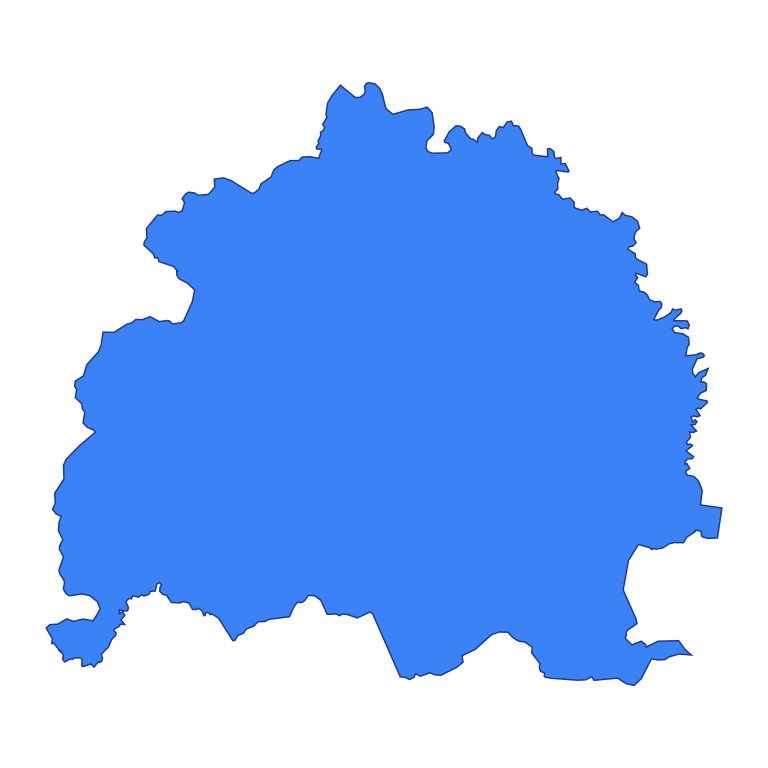 Comoe, Komoé, Burkina Faso (orthographic projection), rotated 180°
{"feature_id": "67063806B6461887322435", "entity_name": "Comoe", "entity_type": "district", "adm_level": 2, "iso_a3": "BFA", "parent_name": "Burkina Faso", "parent_adm1": "Komoé", "projection": "orthographic", "projection_center": [-4.497, 10.243], "detail": "fine", "context": "isolated", "style": "filled", "palette": "blue", "viewbox_px": 768, "rotation_deg": 180, "n_neighbors": 0, "source": "geoboundaries", "source_scale": "gbopen_adm2", "svg_char_len": 6053}
<svg xmlns="http://www.w3.org/2000/svg" viewBox="0 0 768 768"><g transform="rotate(180 384 384)"><path d="M703.5,106.1L697.4,109.1L695.2,108.6L694.5,110.0L687.6,110.2L685.9,108.5L686.3,102.3L685.1,101.4L676.9,103.9L673.9,100.9L669.6,106.4L668.2,105.5L666.2,106.8L665.4,109.7L666.7,113.9L659.6,120.9L656.5,128.2L652.1,133.0L652.0,135.3L654.2,137.3L653.7,138.9L648.7,141.7L647.9,143.9L643.4,143.5L647.1,148.4L643.2,152.4L645.3,155.9L649.0,154.5L648.6,158.2L644.7,156.9L640.5,157.3L639.5,160.1L642.2,166.4L639.1,169.6L636.7,169.2L635.3,172.2L629.6,170.9L626.1,173.3L624.0,172.1L621.4,172.7L618.6,174.1L617.9,176.6L612.8,177.0L611.2,183.9L608.6,185.5L606.4,183.0L607.9,181.0L608.3,176.8L605.1,173.5L601.4,172.8L596.7,165.5L588.1,165.1L584.5,166.4L579.0,165.0L575.5,158.6L571.4,158.5L569.3,159.8L565.4,156.5L564.5,152.5L563.0,152.5L562.2,155.3L559.3,155.4L558.2,153.5L555.9,154.0L549.4,149.8L535.1,127.3L533.2,127.5L530.2,132.5L524.4,134.9L521.8,139.0L514.3,141.8L509.8,146.3L502.9,146.5L499.4,148.6L478.6,151.3L473.8,161.8L470.6,165.7L466.7,165.5L463.9,166.8L459.6,172.6L453.5,172.3L447.1,167.7L440.8,153.7L431.9,154.1L428.5,152.3L425.3,154.0L420.4,153.4L410.8,150.1L398.3,155.9L395.4,154.5L367.7,91.1L363.3,90.8L358.3,88.5L353.9,90.9L352.4,94.2L347.7,91.8L338.0,95.2L332.6,93.1L327.0,92.8L311.2,100.7L305.0,105.8L305.9,112.3L292.8,118.6L276.6,133.2L269.1,136.0L260.2,135.8L254.6,130.0L249.5,126.9L242.8,125.9L235.7,120.7L236.3,115.1L228.0,104.3L228.7,101.3L227.6,96.7L223.4,95.0L223.8,91.7L222.7,90.9L216.1,89.7L190.5,87.8L182.3,88.2L176.2,91.3L174.0,87.7L150.4,89.9L141.9,84.3L133.9,82.6L126.9,89.1L116.5,109.3L109.8,108.0L102.9,108.5L99.0,111.1L89.0,114.0L76.7,113.0L82.7,118.2L89.3,127.3L109.8,126.8L121.8,121.0L122.2,123.2L126.6,126.8L136.1,123.1L142.0,129.0L142.8,131.3L141.5,132.5L142.0,135.1L140.5,137.8L131.0,144.4L132.1,149.4L144.8,178.0L139.6,207.4L129.6,223.5L118.7,220.5L116.3,218.6L116.3,219.4L111.6,218.9L105.3,220.1L98.9,224.2L94.2,225.4L84.6,225.3L81.3,230.7L72.8,236.4L72.8,237.8L67.0,237.0L66.5,232.1L64.9,230.8L59.8,229.6L50.6,230.1L46.1,260.0L67.5,263.1L65.8,277.7L69.6,287.0L74.1,291.6L80.4,292.8L82.3,294.9L82.2,297.0L78.3,299.4L81.1,304.4L82.9,303.8L82.7,306.4L80.7,309.0L75.7,309.4L74.4,311.3L82.1,317.1L75.7,322.1L76.4,323.6L80.9,323.8L81.4,326.1L77.5,330.8L78.6,336.0L74.7,335.5L71.5,337.1L77.1,343.1L73.1,343.4L71.1,346.4L72.8,348.2L75.1,346.1L77.1,350.5L74.8,352.1L70.8,351.2L67.9,352.4L72.2,358.8L69.9,360.1L67.7,359.0L60.8,365.3L61.0,367.1L68.5,368.6L70.8,370.2L67.3,375.0L61.8,377.5L61.4,384.1L64.0,386.0L67.0,386.1L66.3,390.2L62.5,392.7L59.8,399.5L69.2,395.4L72.7,391.2L75.3,394.9L75.6,398.9L70.9,409.4L65.0,410.7L63.6,412.4L65.5,414.7L67.9,415.0L72.3,413.1L82.3,412.2L80.8,420.5L78.9,423.7L79.4,430.5L84.8,434.1L93.4,435.5L95.8,439.2L94.0,441.5L89.8,442.1L87.1,439.4L82.2,440.3L80.0,439.1L78.6,442.9L80.9,447.1L94.1,447.3L94.3,448.4L87.0,455.0L86.1,457.1L87.1,459.1L91.9,457.8L95.3,459.0L97.0,455.5L103.5,450.9L111.2,447.8L114.2,448.4L109.1,458.2L106.7,460.3L106.2,464.0L107.8,466.5L113.9,466.2L118.8,468.5L120.4,472.7L123.9,475.8L128.8,477.1L129.7,482.8L133.5,485.7L130.3,490.3L132.3,492.8L132.1,494.8L122.2,491.3L120.6,493.6L121.4,503.9L131.1,508.8L132.6,510.7L132.7,514.1L140.1,518.8L138.8,521.3L134.9,522.0L132.0,525.4L134.0,529.4L133.5,532.9L131.9,536.8L128.3,539.6L130.5,546.7L135.9,551.1L142.8,552.7L145.8,555.5L148.7,549.6L155.2,546.2L164.2,553.2L167.9,553.1L170.5,556.8L177.7,556.0L181.1,559.7L186.3,557.9L192.9,560.0L194.0,560.9L193.8,565.6L197.9,570.0L205.3,568.8L209.1,573.1L212.4,574.2L213.3,575.7L210.2,579.0L210.4,584.3L209.0,589.4L212.4,596.6L211.5,597.5L199.8,596.0L199.0,596.8L202.7,604.5L207.0,604.0L207.1,610.5L211.8,609.5L213.5,610.7L214.1,616.4L217.8,619.3L220.5,619.1L220.3,611.2L234.2,612.9L235.8,614.3L236.1,619.6L240.4,622.3L247.4,638.8L249.4,641.8L254.8,642.5L256.5,646.8L261.1,645.9L264.6,640.5L268.7,641.4L271.7,637.3L272.6,631.1L274.6,629.6L276.6,629.6L278.4,632.7L282.4,633.2L285.8,635.4L290.1,630.1L290.7,625.7L294.5,628.7L297.3,629.1L302.6,635.2L303.3,639.0L307.7,641.9L312.1,642.1L318.8,636.1L323.8,627.1L323.0,625.6L319.5,624.6L316.8,618.7L317.4,617.4L320.6,615.1L335.7,614.8L340.2,616.5L342.1,620.7L341.2,627.0L334.5,633.8L333.9,641.7L335.9,655.2L339.8,659.9L341.0,660.9L347.6,658.8L360.1,658.0L375.1,653.7L381.1,658.4L382.6,661.1L385.5,673.4L388.4,679.7L393.0,684.1L399.5,685.4L401.9,684.3L403.5,681.4L402.7,677.0L403.8,673.9L408.1,670.5L412.9,670.6L427.6,682.8L436.0,672.4L440.4,665.0L442.0,653.6L441.0,650.5L445.3,643.7L443.3,640.3L445.5,636.7L447.5,635.9L447.3,632.2L449.9,627.0L449.3,624.6L451.8,620.5L451.2,618.9L446.8,618.8L446.4,617.8L449.4,609.7L457.9,611.3L465.8,610.9L469.3,607.4L477.8,607.4L490.9,601.1L494.2,597.8L497.0,591.0L507.0,584.1L509.0,579.1L513.9,574.8L516.9,575.0L537.3,587.6L544.4,590.1L553.8,588.9L553.1,581.1L559.4,573.7L569.5,572.6L573.4,575.0L579.1,575.8L582.1,574.3L585.9,569.4L583.4,565.3L585.8,557.3L589.7,555.5L592.6,556.9L602.2,556.4L606.2,552.7L610.6,552.9L621.6,539.4L621.0,530.1L623.6,526.3L624.1,522.9L614.2,513.6L613.3,510.1L610.4,510.3L608.9,506.3L594.4,501.6L590.3,496.6L591.3,496.6L591.1,492.7L589.1,489.4L581.1,485.1L573.3,478.3L575.6,466.5L584.3,447.3L586.8,445.2L595.7,444.1L598.6,447.1L601.0,447.5L608.7,446.4L617.9,451.3L625.8,448.3L632.0,448.6L636.5,445.0L640.9,443.9L654.2,435.6L664.9,435.9L667.0,422.4L669.6,416.1L681.2,403.4L684.5,392.2L692.7,386.9L693.3,381.7L691.3,378.1L692.7,370.3L686.2,364.2L685.8,359.5L683.2,355.8L684.9,345.1L680.7,340.7L674.1,337.9L672.7,335.7L688.0,322.8L701.9,308.7L704.5,302.7L704.0,289.2L713.3,274.7L712.7,264.8L715.5,258.9L712.0,254.2L706.8,251.6L708.9,245.8L709.6,237.5L705.2,228.3L708.4,222.2L708.7,218.8L704.5,211.1L709.1,197.8L708.1,193.9L704.1,187.9L703.5,184.8L704.7,179.0L701.8,174.1L698.3,172.2L686.1,174.1L678.4,172.5L670.5,166.3L667.8,158.9L674.8,147.1L684.9,149.0L694.4,146.6L701.2,149.1L710.4,143.8L718.1,143.4L721.9,139.9L715.6,129.3L716.2,124.4L714.1,124.7L708.6,117.7L706.4,116.9L708.2,116.9L704.7,113.6L705.3,108.7L703.5,106.1Z" fill="#3b82f6" stroke="#1e3a8a" stroke-width="1.5"/></g></svg>